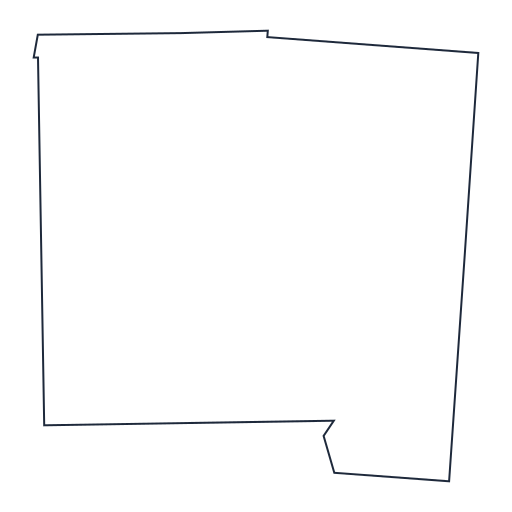 Miami, Ohio, United States of America
{"feature_id": "52423323B70548517333003", "entity_name": "Miami", "entity_type": "district", "adm_level": 2, "iso_a3": "USA", "parent_name": "United States of America", "parent_adm1": "Ohio", "projection": "orthographic", "projection_center": [-84.249, 40.04], "detail": "fine", "context": "isolated", "style": "outline", "palette": "slate", "viewbox_px": 512, "rotation_deg": 0, "n_neighbors": 0, "source": "geoboundaries", "source_scale": "gbopen_adm2", "svg_char_len": 282}
<svg xmlns="http://www.w3.org/2000/svg" viewBox="0 0 512 512"><path d="M37.8,34.7L33.7,57.5L38.0,57.5L44.2,425.3L333.8,420.7L323.6,435.9L334.3,472.8L449.1,481.3L464.7,255.5L478.3,53.0L267.3,37.1L267.8,30.7L181.5,33.1L37.8,34.7Z" fill="none" stroke="#1e293b" stroke-width="2"/></svg>